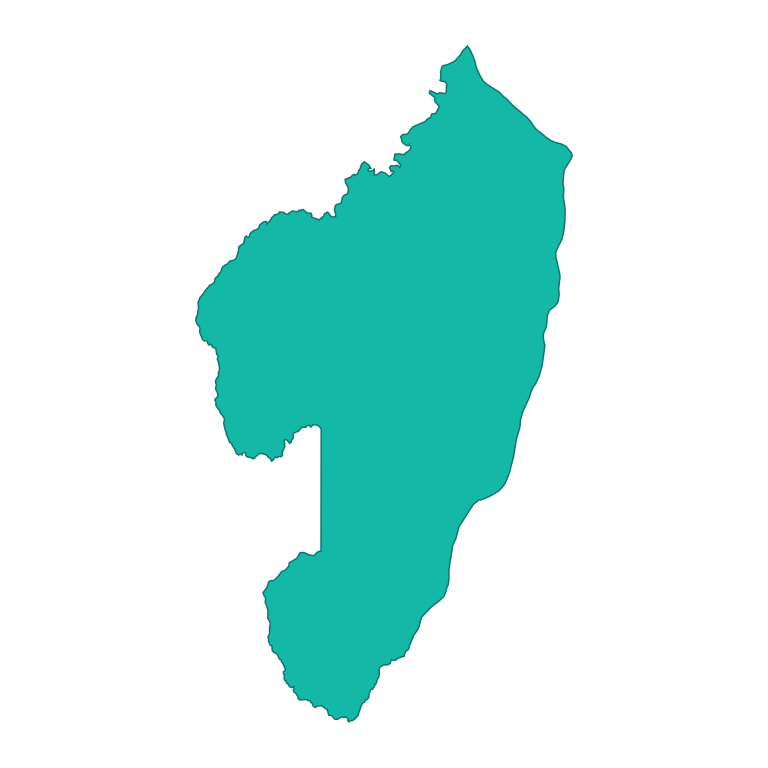 the district of Conceição do Araguaia, Pará, Brazil
{"feature_id": "56859067B33954079822227", "entity_name": "Conceição do Araguaia", "entity_type": "district", "adm_level": 2, "iso_a3": "BRA", "parent_name": "Brazil", "parent_adm1": "Pará", "projection": "natural_earth1", "projection_center": [-49.589, -8.207], "detail": "fine", "context": "isolated", "style": "filled", "palette": "teal", "viewbox_px": 768, "rotation_deg": 0, "n_neighbors": 0, "source": "geoboundaries", "source_scale": "gbopen_adm2", "svg_char_len": 6087}
<svg xmlns="http://www.w3.org/2000/svg" viewBox="0 0 768 768"><path d="M480.4,76.5L476.2,67.4L475.1,61.9L472.8,55.6L469.9,49.6L467.5,46.1L463.0,50.5L460.4,54.9L455.4,60.5L453.0,62.2L446.8,64.9L443.1,65.6L441.7,67.3L440.6,72.3L440.9,78.0L440.0,80.3L441.4,81.2L443.3,81.3L445.7,82.1L446.6,84.1L446.2,92.3L444.9,93.6L439.6,92.7L437.5,94.1L430.1,90.6L429.2,93.2L434.8,97.5L434.6,100.3L435.4,102.2L439.4,106.5L435.7,113.5L432.8,113.7L431.4,114.4L430.8,117.3L427.4,119.1L425.2,121.5L413.0,126.8L410.2,130.0L408.4,133.0L406.8,134.3L402.9,134.5L400.6,136.6L401.5,138.7L402.3,142.5L406.3,145.4L408.3,145.6L409.4,144.2L411.0,147.7L409.3,150.5L406.0,152.7L404.1,154.7L398.6,153.9L394.9,154.1L394.7,156.6L394.0,158.3L394.2,160.4L396.6,160.4L400.0,164.0L400.5,166.5L399.0,167.2L397.7,165.3L394.7,166.0L391.0,165.7L389.5,167.6L391.3,171.6L392.9,170.9L393.8,172.3L389.9,176.4L387.0,175.0L385.5,173.3L381.6,171.8L379.9,172.3L378.6,173.8L376.2,174.9L373.8,174.8L374.4,172.9L374.2,169.2L372.9,170.4L369.6,171.4L367.8,170.4L369.2,168.3L370.7,168.3L369.2,165.4L364.4,161.8L362.0,163.7L360.8,166.2L360.1,168.8L358.5,170.8L358.4,172.4L357.2,174.1L355.2,175.2L354.0,174.4L352.1,175.5L351.4,176.9L345.1,179.4L345.6,182.7L348.1,187.5L348.4,190.0L347.5,193.8L344.1,195.3L342.5,197.1L341.2,202.9L339.2,203.9L336.7,204.4L335.3,205.6L334.5,210.4L335.7,214.0L335.7,216.7L332.9,217.0L331.2,216.6L327.7,212.1L324.7,213.6L323.6,216.1L319.1,219.9L311.5,217.1L311.8,215.3L311.0,213.2L308.2,213.1L306.4,212.5L303.3,209.6L301.7,209.6L300.8,210.8L299.2,210.1L298.2,211.6L294.3,211.4L292.5,210.8L291.4,211.8L289.5,212.6L287.9,214.5L285.4,213.8L283.8,212.5L279.7,211.9L278.2,213.7L276.5,214.8L274.5,214.7L273.1,216.6L271.6,217.7L270.9,219.6L266.9,224.0L266.4,221.7L264.8,221.6L263.1,222.2L259.7,224.9L258.7,228.2L255.6,230.2L254.1,230.2L250.6,232.9L249.0,237.2L247.3,237.3L246.2,235.9L244.9,237.4L243.5,243.5L240.1,245.8L238.6,247.3L238.5,251.3L236.1,258.3L235.0,259.5L233.5,260.3L229.5,261.2L227.5,264.0L225.5,264.8L222.5,267.1L220.7,272.1L219.5,273.0L217.5,276.4L215.9,277.6L214.9,279.2L214.7,281.1L213.8,282.7L212.6,283.8L209.4,285.4L208.3,287.3L205.8,289.8L203.4,293.5L200.1,297.4L198.1,302.5L198.5,307.6L197.4,315.0L196.3,316.8L195.8,320.7L197.1,324.2L199.4,326.8L200.1,328.7L199.6,330.8L199.8,332.8L202.7,339.7L204.4,340.9L206.1,340.8L207.4,341.4L207.8,343.3L208.7,344.9L210.7,344.3L211.9,345.6L212.5,347.1L215.8,348.4L216.7,354.3L217.8,355.4L218.1,357.1L217.3,358.9L218.6,362.6L219.6,368.6L219.2,371.0L218.3,372.7L218.6,374.4L218.3,376.2L216.1,379.4L215.6,381.0L215.6,382.9L216.4,384.4L215.7,388.2L215.9,390.0L217.0,391.4L218.0,394.9L217.5,396.7L216.6,398.1L215.1,398.9L215.0,400.8L215.9,402.2L216.0,405.7L218.1,408.9L219.6,410.3L219.9,412.2L221.0,413.9L222.2,415.0L224.0,417.9L224.6,420.1L223.8,421.9L223.8,423.9L225.4,430.7L226.3,432.3L226.3,434.4L227.2,435.8L229.3,441.8L230.4,443.0L231.8,443.5L232.1,445.2L235.2,449.9L236.4,453.6L238.7,455.0L240.3,454.3L242.1,454.9L242.6,453.0L244.0,452.7L245.5,452.9L245.7,454.9L246.7,456.7L251.1,457.6L252.8,458.7L254.6,458.4L255.3,456.5L257.1,455.8L258.3,454.3L260.0,453.4L263.2,453.8L266.3,454.8L268.7,457.6L270.1,458.0L270.8,459.9L271.7,461.2L273.1,460.0L275.2,456.9L277.0,457.7L278.4,456.6L281.5,456.6L282.5,455.0L281.8,453.2L284.9,446.4L284.1,440.2L285.8,439.6L287.2,440.3L289.7,443.4L291.2,442.0L291.6,440.0L292.8,438.8L293.4,436.9L292.9,434.9L293.5,433.2L298.7,431.0L301.1,428.1L302.6,427.3L305.7,427.2L306.9,425.8L308.9,425.1L310.7,427.0L312.0,426.1L312.8,424.7L315.2,424.7L318.8,425.9L321.2,428.9L321.0,551.3L318.9,551.4L316.8,552.6L315.4,554.4L313.4,555.8L308.3,554.6L303.9,552.5L300.1,552.6L297.9,556.7L296.4,558.6L289.2,562.8L289.0,565.2L288.4,566.8L285.1,570.2L281.4,571.8L278.9,575.5L274.4,580.0L272.9,580.6L270.0,580.9L268.6,582.1L267.2,587.0L263.0,592.7L264.1,595.8L265.2,597.1L265.6,599.3L265.1,602.3L266.8,606.2L267.9,610.2L267.9,618.6L269.7,621.4L270.3,623.9L269.6,627.1L269.6,633.9L267.9,637.0L268.5,638.8L268.6,641.2L270.3,645.3L271.9,645.7L272.2,650.4L273.1,651.8L274.5,652.8L276.0,652.9L278.2,656.0L278.6,657.7L279.6,659.2L281.1,659.8L281.6,662.1L282.9,663.4L285.4,669.1L284.7,671.1L283.3,671.8L283.6,673.8L284.4,675.6L284.1,678.6L284.7,680.2L286.3,681.5L286.7,683.4L288.3,683.9L289.2,686.1L290.6,687.2L292.1,687.6L293.7,686.4L294.1,688.5L293.3,690.4L294.0,692.3L295.5,692.9L297.7,696.2L298.4,698.9L299.8,700.0L305.4,699.5L306.9,699.7L308.1,700.7L310.3,700.6L310.7,702.4L312.1,703.1L313.3,706.4L315.6,707.5L316.8,706.2L321.8,705.6L324.8,708.2L326.4,709.0L327.7,710.9L328.7,715.1L332.0,715.8L334.8,719.3L337.6,719.3L340.8,717.2L342.2,717.0L344.1,717.6L345.7,716.8L348.2,719.1L347.8,720.7L349.1,721.9L350.4,720.5L352.2,720.7L354.5,719.3L358.0,715.4L361.0,706.3L362.5,703.0L364.4,702.3L365.1,700.3L366.6,699.8L368.1,698.4L369.0,696.7L368.9,694.7L370.8,689.3L372.5,689.2L376.1,683.4L377.4,679.3L378.4,677.9L379.4,673.8L379.1,669.1L379.9,667.2L383.7,664.9L387.0,665.0L388.6,664.4L390.3,663.1L390.7,661.3L391.8,659.8L394.8,660.6L399.4,657.5L404.0,656.4L405.0,652.8L405.9,651.3L408.5,649.5L409.6,645.4L413.8,635.1L417.1,630.6L419.1,626.5L420.9,619.1L421.9,616.9L431.1,607.1L439.1,600.9L443.6,596.7L445.4,593.1L447.0,587.3L448.2,584.6L448.9,580.2L448.9,570.1L452.7,545.2L455.8,538.8L458.7,527.9L459.8,525.4L473.3,504.4L478.9,500.0L481.4,499.8L491.1,495.6L498.1,491.3L502.3,487.3L505.5,482.6L509.3,473.2L513.6,456.3L516.4,439.1L519.4,428.9L520.1,425.4L520.4,420.3L522.9,411.3L528.9,398.4L531.8,389.9L533.3,386.8L535.7,383.5L539.0,376.5L542.1,365.8L544.9,345.5L543.8,341.2L543.2,335.5L543.9,332.5L545.9,328.0L546.8,323.6L547.2,315.6L549.7,310.0L555.2,305.9L557.6,302.5L558.3,300.7L559.2,294.4L558.6,288.6L560.0,277.6L559.7,273.8L555.8,256.9L555.7,252.4L557.7,247.5L561.8,239.7L563.3,233.7L564.2,227.6L564.9,220.6L565.1,208.8L563.4,197.3L563.8,187.9L562.9,183.1L564.1,170.2L571.4,158.3L572.2,155.3L571.2,152.7L566.2,146.5L561.5,144.1L553.9,142.0L550.7,140.4L545.3,136.8L543.5,135.0L536.4,129.5L534.1,126.9L530.4,121.3L527.2,117.6L513.3,106.0L506.9,99.2L503.7,96.7L499.4,92.3L486.3,83.9L483.9,81.7L480.4,76.5Z" fill="#14b8a6" stroke="#0f766e" stroke-width="1.5"/></svg>